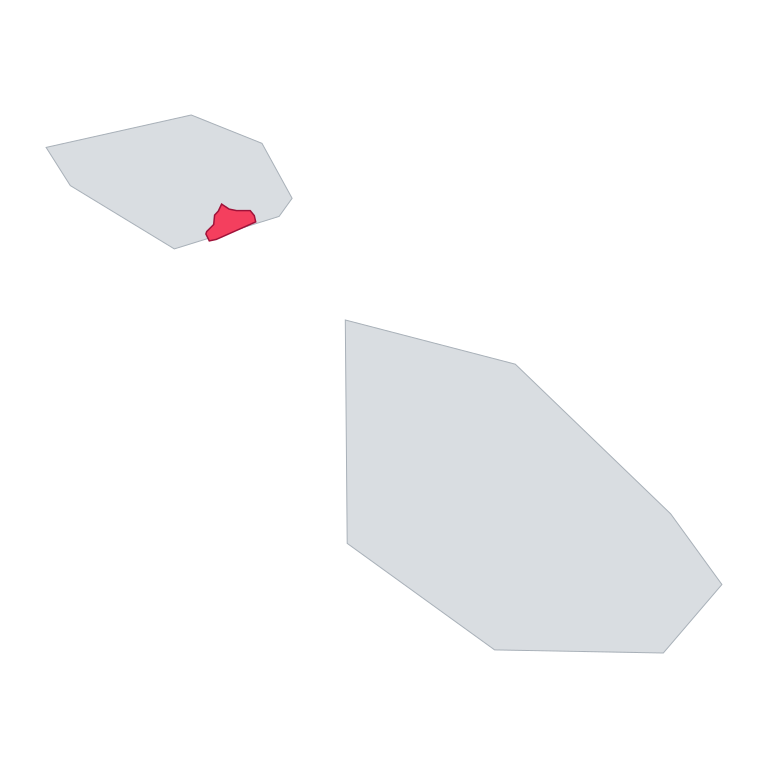 Għajnsielem highlighted on a map of Malta
{"feature_id": "MLT-5987", "entity_name": "Għajnsielem", "entity_type": "state/province", "adm_level": 1, "iso_a3": "MLT", "parent_name": "Malta", "parent_adm1": "", "projection": "robinson", "projection_center": [14.284, 36.025], "detail": "fine", "context": "in_parent", "style": "filled", "palette": "rose", "viewbox_px": 768, "rotation_deg": 0, "n_neighbors": 0, "source": "natural_earth", "source_scale": "10m", "svg_char_len": 553}
<svg xmlns="http://www.w3.org/2000/svg" viewBox="0 0 768 768"><path d="M721.9,584.5L663.3,653.0L494.6,649.9L347.2,543.4L345.3,320.0L515.3,364.2L670.7,513.9L721.9,584.5ZM279.1,216.4L174.3,248.9L70.3,185.6L46.1,147.4L191.2,115.0L262.0,143.4L292.1,198.3L279.1,216.4Z" fill="#d9dde1" stroke="#a8b0b8" stroke-width="1"/><path d="M255.7,221.9L216.3,239.4L209.3,240.9L205.9,234.0L206.7,231.5L213.7,224.5L214.6,215.1L218.3,211.1L221.6,204.1L229.1,209.1L236.5,210.6L250.2,210.6L254.3,215.6L255.7,221.9Z" fill="#f43f5e" stroke="#9f1239" stroke-width="1.5"/></svg>